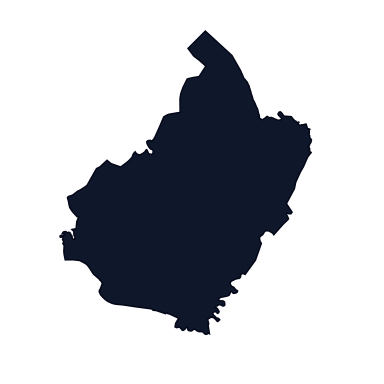 Guri, Jigawa, Nigeria, rotated 36°
{"feature_id": "59680162B66353567053476", "entity_name": "Guri", "entity_type": "district", "adm_level": 2, "iso_a3": "NGA", "parent_name": "Nigeria", "parent_adm1": "Jigawa", "projection": "orthographic", "projection_center": [10.497, 12.643], "detail": "fine", "context": "isolated", "style": "filled", "palette": "ink", "viewbox_px": 384, "rotation_deg": 36, "n_neighbors": 0, "source": "geoboundaries", "source_scale": "gbopen_adm2", "svg_char_len": 5975}
<svg xmlns="http://www.w3.org/2000/svg" viewBox="0 0 384 384"><g transform="rotate(36 192 192)"><path d="M104.4,78.2L112.9,80.8L113.9,81.0L119.9,81.1L129.2,82.0L129.9,94.5L127.4,97.0L125.7,98.7L122.8,102.0L121.7,103.4L123.2,112.5L125.1,118.9L127.4,123.5L135.6,134.6L131.5,138.7L127.8,142.5L126.6,144.3L125.0,147.8L127.1,156.8L129.7,169.1L129.8,170.3L130.0,171.4L129.6,174.6L128.0,174.7L126.9,175.5L126.1,176.6L125.8,177.9L127.0,179.1L128.7,180.1L130.7,180.9L132.7,181.6L135.5,181.0L136.5,181.7L137.7,183.7L137.5,185.0L136.3,185.8L135.2,186.2L134.1,186.4L131.1,184.5L130.2,184.6L130.2,185.6L130.2,187.4L129.8,188.9L128.2,192.5L126.9,193.2L125.4,193.6L124.1,193.5L122.4,192.9L122.1,195.5L123.1,199.3L122.5,203.9L121.8,206.7L119.6,213.7L114.4,215.3L109.9,216.6L104.6,216.3L102.8,225.7L101.0,229.2L103.2,248.3L102.3,251.2L100.4,256.1L99.0,258.6L97.3,264.4L96.5,265.8L94.9,267.9L94.5,268.9L94.6,269.7L95.1,270.3L96.4,271.2L97.5,272.1L100.3,274.8L102.4,276.5L106.9,278.2L113.5,279.5L114.4,279.2L115.0,278.8L116.2,283.7L119.8,289.8L116.9,292.9L119.5,293.3L122.0,296.5L124.0,297.3L124.6,298.9L124.7,299.9L123.7,300.1L122.7,299.7L121.8,299.2L120.8,298.3L120.1,297.8L119.1,297.7L118.3,297.2L117.4,296.8L116.3,296.8L115.6,297.3L115.6,298.0L115.0,298.4L114.2,298.3L113.4,298.1L112.8,298.4L112.0,299.2L111.4,300.0L111.4,301.1L111.6,302.3L112.3,301.8L112.8,301.2L113.4,301.0L113.8,301.2L114.0,302.2L113.5,303.1L113.0,303.6L112.4,304.0L112.1,304.4L111.4,304.4L111.1,305.2L111.8,305.9L112.5,305.8L113.2,304.7L114.0,304.4L114.9,305.1L115.0,306.3L117.5,307.8L117.9,309.7L119.1,309.9L120.3,310.9L120.6,311.3L123.1,315.2L125.2,317.6L129.3,321.4L135.2,317.0L141.2,313.5L146.3,312.7L149.6,312.5L153.5,313.6L158.8,315.7L160.9,316.4L163.2,316.5L165.6,316.8L167.4,316.8L169.4,317.5L170.8,317.5L173.2,318.7L174.8,324.2L174.8,325.7L175.6,327.3L178.6,328.9L181.8,329.6L184.9,330.0L188.0,330.0L192.5,329.1L194.8,328.3L197.1,327.1L203.0,323.6L213.6,318.1L228.0,310.3L230.1,310.5L232.6,309.0L242.1,306.0L241.9,305.1L244.0,304.5L245.5,303.9L255.7,301.9L255.6,303.0L255.6,304.7L255.9,305.9L256.0,307.5L255.9,307.6L256.2,308.1L257.0,309.9L257.1,310.2L257.4,310.8L257.8,311.2L258.5,310.9L259.1,310.9L260.6,309.4L261.0,308.6L263.1,308.9L265.0,309.5L266.0,309.3L266.6,308.4L266.9,307.1L267.0,305.9L267.2,305.0L267.7,304.4L268.4,304.4L268.9,304.8L269.2,305.5L269.8,306.0L270.7,306.0L271.6,305.7L272.4,305.3L273.3,304.6L273.7,303.5L273.9,302.4L274.3,301.9L275.0,301.3L276.0,301.3L277.3,301.4L278.6,301.2L279.6,300.9L280.6,300.3L281.6,299.5L282.3,298.7L282.6,298.8L282.7,299.0L283.9,298.8L284.8,299.2L285.2,299.3L285.6,299.3L286.2,299.2L286.9,299.0L287.4,298.5L287.9,297.7L287.4,297.0L287.4,296.9L287.9,296.6L289.4,296.4L283.4,290.4L283.1,289.1L282.2,288.1L280.7,287.0L279.5,285.6L281.0,282.1L282.4,281.3L283.8,281.0L286.4,281.2L287.4,281.7L288.8,281.7L289.2,281.0L289.2,280.2L289.5,279.1L288.6,278.8L287.3,278.8L286.3,279.4L284.9,279.4L283.6,279.1L282.1,279.0L280.8,278.4L280.2,278.0L279.9,277.1L279.9,276.5L280.8,275.5L281.7,275.0L282.6,274.7L283.8,275.3L284.6,274.1L284.2,272.8L281.8,271.7L280.9,271.4L279.8,271.4L278.9,271.6L278.6,270.9L278.5,270.1L279.4,269.3L279.5,268.1L280.7,266.8L281.8,266.4L283.2,266.3L284.5,265.8L285.0,264.7L284.5,263.5L282.9,261.9L282.0,261.8L281.0,261.9L280.2,262.4L279.3,263.1L278.5,263.8L277.6,263.7L276.8,263.5L276.5,262.8L276.7,261.4L277.2,260.2L278.8,258.6L280.4,256.8L282.0,255.0L282.7,253.6L282.5,252.4L282.0,250.1L282.2,249.2L283.4,249.3L284.4,249.7L285.3,249.5L286.2,248.7L286.9,247.8L287.4,246.6L287.0,245.2L286.2,245.2L285.5,245.4L283.4,245.0L282.3,244.6L281.1,244.6L279.8,244.9L278.9,244.8L277.7,244.4L276.8,243.9L276.3,242.9L276.1,241.7L276.5,240.5L277.6,238.4L278.1,237.4L279.1,235.9L279.9,235.1L280.9,234.2L281.2,233.3L281.2,232.3L280.6,231.3L280.1,229.8L280.5,228.9L281.0,228.0L282.1,227.7L283.4,227.5L283.4,209.9L278.3,192.8L276.1,191.9L274.4,190.4L273.2,188.9L273.6,187.0L274.3,184.8L274.1,183.1L274.0,180.9L274.9,179.7L277.0,178.3L278.6,178.1L280.6,177.9L281.8,177.9L283.3,178.5L284.4,167.0L284.6,164.9L284.9,163.0L285.4,160.5L285.8,158.3L285.8,156.9L283.2,155.4L281.6,154.6L281.3,153.4L281.3,152.9L282.3,152.9L283.3,152.6L284.8,151.5L284.8,149.5L275.2,145.9L272.9,129.2L270.1,123.0L267.9,112.0L267.3,106.2L265.0,95.7L265.2,90.0L264.8,89.9L264.4,90.2L264.1,90.2L263.6,89.9L263.1,89.8L262.8,89.3L262.1,88.6L262.0,88.1L261.8,87.9L261.1,87.4L260.7,87.3L260.2,87.5L259.9,87.3L259.7,87.0L260.0,86.7L259.6,86.4L259.6,86.0L259.6,85.3L259.5,84.8L259.1,84.3L259.0,83.6L259.1,82.4L258.6,82.3L258.5,81.9L258.6,81.7L258.8,81.4L258.4,80.9L258.2,80.1L258.0,79.6L257.1,79.3L256.6,79.2L256.0,78.9L255.2,78.7L254.7,78.5L254.5,77.7L254.1,77.3L253.5,77.0L253.1,77.0L252.8,76.7L252.6,76.2L252.4,75.6L251.9,75.0L251.3,74.1L250.7,73.4L250.2,72.9L250.2,72.7L250.5,72.4L250.5,72.0L250.1,72.0L249.8,72.1L249.3,72.2L248.9,72.5L248.4,72.7L247.8,72.5L247.1,72.1L246.0,71.1L245.5,71.1L245.1,70.8L244.6,70.0L244.3,70.0L244.0,70.3L243.6,70.7L243.0,71.6L242.1,72.5L241.8,72.8L241.3,73.1L241.0,73.4L240.8,73.8L240.3,74.5L239.6,74.7L238.7,74.7L237.8,74.5L237.5,74.1L237.6,73.2L237.5,72.7L237.2,72.7L237.0,73.0L236.8,73.4L236.6,73.9L236.1,74.0L235.5,73.8L234.8,73.7L234.3,73.7L233.6,73.9L232.9,73.9L232.3,73.8L230.7,73.5L230.0,73.2L229.2,73.2L228.5,72.8L228.1,72.7L227.7,72.9L227.1,73.3L226.4,73.7L225.6,74.2L224.8,74.7L223.9,75.2L223.0,75.8L222.2,76.4L221.7,76.4L221.1,76.3L220.3,76.1L219.4,75.7L218.7,75.5L217.0,75.2L216.4,75.2L215.6,76.0L215.5,76.4L215.6,77.2L215.6,78.0L216.1,78.7L217.1,79.0L219.2,79.4L221.0,79.7L221.6,80.2L221.6,81.2L220.7,82.2L219.5,83.4L217.2,83.9L215.3,84.4L213.7,84.7L212.3,85.1L210.9,86.4L208.3,86.7L207.9,88.1L207.5,89.9L207.0,90.9L206.9,91.8L205.9,92.4L204.7,92.5L203.3,92.7L201.2,90.3L199.6,89.3L196.6,86.6L193.6,85.0L190.8,83.2L186.8,81.2L184.9,79.6L181.8,77.4L180.6,76.3L177.0,73.7L175.6,72.5L174.5,72.1L172.4,70.8L169.8,70.1L166.5,69.3L164.4,67.8L163.0,67.1L160.0,65.3L144.1,58.1L108.2,54.0L104.4,78.2Z" fill="#0f172a" stroke="#020617" stroke-width="1.5"/></g></svg>